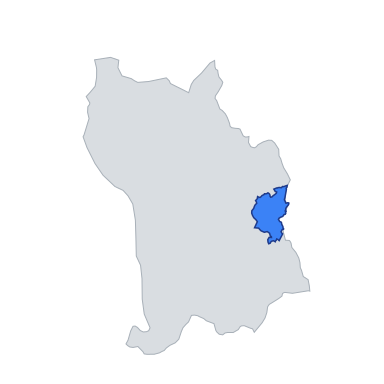 where Smolyan sits in Bulgaria, rotated 257°
{"feature_id": "BGR-2236", "entity_name": "Smolyan", "entity_type": "Province", "adm_level": 1, "iso_a3": "BGR", "parent_name": "Bulgaria", "parent_adm1": "", "projection": "mercator", "projection_center": [24.659, 41.628], "detail": "fine", "context": "in_parent", "style": "filled", "palette": "blue", "viewbox_px": 384, "rotation_deg": 257, "n_neighbors": 0, "source": "natural_earth", "source_scale": "10m", "svg_char_len": 3897}
<svg xmlns="http://www.w3.org/2000/svg" viewBox="0 0 384 384"><g transform="rotate(257 192 192)"><path d="M315.1,243.6L308.6,242.5L306.3,242.8L304.8,244.4L301.8,244.1L298.1,244.1L294.1,246.0L292.0,246.7L289.1,245.0L283.7,240.0L280.4,236.4L277.9,235.5L275.5,236.6L266.7,237.8L264.6,239.8L260.6,242.1L256.5,243.2L250.6,244.0L247.6,243.9L245.8,245.0L244.4,248.3L243.4,251.5L242.5,252.9L235.2,254.5L233.6,256.3L233.2,258.2L233.3,260.0L227.5,258.2L223.0,259.4L222.0,260.8L221.0,262.8L221.6,264.9L223.2,267.0L224.8,272.6L225.3,278.2L224.4,281.3L221.1,283.6L214.1,286.1L207.5,284.9L204.5,285.9L199.6,286.2L195.0,286.8L188.0,289.1L181.7,290.5L176.0,285.8L169.3,282.6L162.2,280.8L159.7,282.1L158.6,283.2L152.7,279.1L150.1,277.6L148.8,276.1L146.3,270.6L144.8,270.4L140.0,272.4L135.3,272.3L132.4,272.0L124.0,272.2L122.9,275.9L121.8,276.5L120.0,277.0L115.5,276.8L109.8,279.6L103.7,281.2L98.9,281.3L93.9,280.5L91.0,281.1L84.6,281.4L80.5,285.4L74.2,285.2L68.9,284.5L69.6,283.2L70.7,267.1L73.3,259.9L73.2,258.5L72.6,257.3L70.3,256.2L68.6,252.3L65.1,242.0L63.2,239.9L57.7,237.8L52.8,234.8L48.8,230.9L41.3,221.1L45.1,220.2L46.2,218.2L50.0,212.8L50.4,210.2L50.0,208.7L47.5,206.1L45.8,200.5L47.1,195.2L47.2,192.5L45.9,189.8L47.3,186.5L50.0,184.7L51.7,184.1L58.8,183.8L63.3,177.0L66.1,174.9L68.9,171.1L70.2,169.7L71.5,166.7L71.9,163.7L66.2,159.4L64.3,156.2L61.8,152.7L58.4,150.2L51.5,146.0L48.8,141.7L47.6,136.1L45.8,131.9L43.8,129.2L43.4,126.9L42.6,124.2L42.4,118.8L44.0,111.6L45.0,109.0L47.4,108.3L53.6,104.5L53.8,99.6L55.0,96.5L56.9,94.7L58.8,93.5L62.1,96.4L70.4,101.0L74.4,104.3L74.2,106.4L72.3,108.4L68.7,110.4L66.6,113.0L66.1,116.3L66.6,118.6L69.1,120.6L83.8,118.0L98.8,119.4L118.9,123.8L132.2,125.4L142.1,123.3L160.3,127.1L177.3,130.5L193.6,131.6L202.7,128.8L209.1,125.2L214.6,118.2L228.3,109.1L241.5,103.9L258.8,99.7L270.3,98.3L272.0,99.7L286.7,108.2L293.2,108.2L298.5,109.7L300.4,111.9L301.8,112.5L308.8,110.4L311.9,115.0L316.8,121.4L325.1,124.8L332.5,126.6L334.9,126.9L342.7,126.8L341.5,142.9L336.9,150.3L329.8,147.8L320.9,149.9L316.1,158.4L313.4,160.9L311.0,163.8L309.4,174.7L309.0,192.6L305.6,194.8L302.5,195.4L289.5,211.1L297.0,215.5L300.3,218.8L305.8,228.1L313.6,238.5L315.1,243.6Z" fill="#d9dde1" stroke="#a8b0b8" stroke-width="1"/><path d="M135.6,273.0L135.1,272.8L135.0,272.5L135.2,271.9L135.1,271.4L134.2,270.7L133.4,269.9L132.5,270.0L131.6,270.4L130.8,270.9L125.0,266.0L126.3,265.1L127.2,264.0L125.9,263.1L125.5,262.3L124.8,261.9L126.2,260.4L126.1,258.3L125.4,257.4L124.5,256.6L124.3,255.1L126.1,254.8L128.5,255.1L130.4,256.9L130.2,258.1L129.8,259.2L130.7,259.3L131.6,258.4L134.4,258.3L136.5,256.4L136.5,253.4L138.6,250.6L140.0,249.7L141.8,248.8L142.5,246.7L143.1,244.9L148.4,249.0L150.7,248.0L153.1,246.4L155.6,245.7L158.0,245.4L160.3,246.1L162.1,248.4L164.2,249.7L165.4,250.8L166.4,252.5L168.0,252.5L169.3,252.0L171.1,254.5L172.0,254.5L172.8,254.9L172.0,255.8L171.4,257.1L171.9,258.2L172.8,259.4L173.3,261.6L174.0,262.2L173.6,263.5L173.7,265.0L174.1,265.6L173.9,266.1L172.7,267.0L171.4,267.3L170.3,267.1L169.2,267.5L169.3,269.0L170.1,270.1L170.9,272.1L171.8,273.9L173.0,274.5L173.8,273.2L176.4,272.4L176.9,275.4L176.7,276.2L176.9,276.8L176.7,278.4L176.1,279.9L176.5,280.7L177.0,281.4L176.8,282.0L176.6,282.6L177.0,285.7L177.0,286.3L175.2,285.5L175.0,285.3L174.6,284.6L174.2,284.5L173.4,284.6L165.6,281.3L164.1,280.4L163.4,280.3L162.9,280.4L161.9,280.7L160.1,280.9L159.9,281.7L160.0,282.8L159.6,283.8L158.7,283.7L157.6,282.8L156.0,280.7L155.0,279.8L154.2,279.4L153.2,279.3L152.1,279.3L152.4,278.6L150.7,278.6L150.0,278.5L149.3,277.8L149.3,277.6L149.4,276.8L149.3,276.5L149.2,276.3L148.7,276.0L148.5,275.8L148.3,275.4L148.0,275.2L147.8,274.9L147.7,274.4L147.5,272.6L146.9,270.9L145.9,270.0L144.5,270.5L143.5,270.8L142.5,272.2L141.8,272.3L140.7,272.2L140.0,272.2L138.4,272.7L137.9,272.8L136.6,272.6L136.2,272.7L135.9,272.9L135.6,273.0Z" fill="#3b82f6" stroke="#1e3a8a" stroke-width="1.5"/></g></svg>